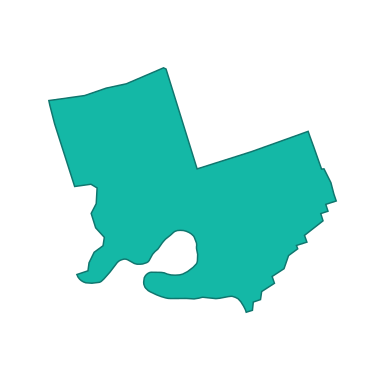 the district of New Madrid, Missouri, United States of America, rotated 72°
{"feature_id": "52423323B13750065004346", "entity_name": "New Madrid", "entity_type": "district", "adm_level": 2, "iso_a3": "USA", "parent_name": "United States of America", "parent_adm1": "Missouri", "projection": "albers", "projection_center": [-89.531, 36.604], "detail": "fine", "context": "isolated", "style": "filled", "palette": "teal", "viewbox_px": 384, "rotation_deg": 72, "n_neighbors": 0, "source": "geoboundaries", "source_scale": "gbopen_adm2", "svg_char_len": 1851}
<svg xmlns="http://www.w3.org/2000/svg" viewBox="0 0 384 384"><g transform="rotate(72 192 192)"><path d="M234.9,327.0L237.7,326.7L240.2,325.8L242.2,324.6L244.0,323.0L245.5,321.1L247.8,315.4L249.2,308.4L249.3,307.7L249.0,306.0L247.5,302.7L242.9,294.9L236.0,284.9L235.2,283.1L234.8,281.4L234.7,279.6L234.8,277.4L235.5,275.5L236.6,274.1L242.1,269.0L242.9,267.8L243.7,266.5L244.6,263.8L245.2,261.2L245.2,256.9L244.8,255.3L244.0,254.0L239.1,248.8L237.2,245.6L235.7,242.0L231.1,235.9L229.5,233.3L228.6,231.7L226.4,225.8L224.7,222.1L224.2,220.6L224.1,217.9L224.8,215.1L226.0,212.0L227.5,209.7L229.6,207.3L231.8,205.5L234.4,204.1L235.9,203.8L242.0,203.5L244.1,204.0L245.6,204.7L247.3,205.2L253.1,205.9L259.3,208.2L260.9,209.2L261.7,210.0L264.0,214.2L266.3,220.8L267.2,226.2L267.0,229.4L265.9,233.7L264.4,237.6L262.4,240.9L260.3,243.4L259.1,245.8L258.6,247.1L255.8,255.3L255.5,256.7L255.6,258.1L255.9,259.6L257.0,261.9L258.8,263.9L262.7,265.8L264.7,266.3L267.8,266.2L269.3,265.7L272.3,264.1L274.1,262.5L278.9,257.4L281.9,253.7L284.5,249.9L285.8,247.6L286.8,245.0L291.5,230.2L294.3,223.1L295.1,218.2L295.2,215.9L295.4,214.3L300.8,202.2L301.6,198.4L302.7,189.8L303.3,186.9L303.7,185.9L305.5,183.4L307.7,181.2L311.4,179.5L316.6,178.2L320.5,177.6L323.1,177.6L323.2,171.1L315.6,167.7L315.5,160.1L308.2,156.5L304.3,141.8L297.1,141.9L293.4,128.2L282.3,119.8L278.7,109.0L275.1,109.2L275.2,98.2L268.0,98.4L259.9,76.3L252.3,76.2L252.3,68.6L245.1,68.6L245.1,57.6L237.8,57.7L226.0,57.0L210.8,59.3L210.2,61.7L203.1,61.9L186.5,62.3L175.6,62.7L170.2,62.8L172.0,123.0L171.6,180.0L67.0,178.7L65.1,180.7L68.8,221.1L66.7,241.4L67.1,264.3L60.8,299.9L65.4,300.4L84.9,301.6L150.5,301.9L153.4,285.7L158.8,281.0L173.5,286.7L181.2,294.5L196.3,294.7L208.0,289.4L215.6,293.2L219.1,303.7L227.5,311.8L234.8,315.3L234.9,327.0Z" fill="#14b8a6" stroke="#0f766e" stroke-width="1.5"/></g></svg>